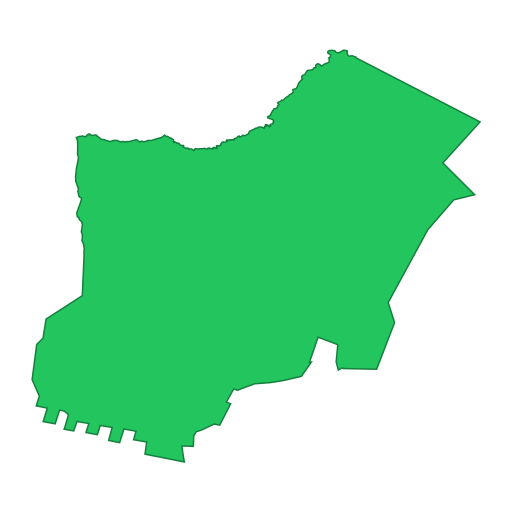 outline of Chongwe, Lusaka, Zambia, rotated 271°
{"feature_id": "96606910B32717004733154", "entity_name": "Chongwe", "entity_type": "district", "adm_level": 2, "iso_a3": "ZMB", "parent_name": "Zambia", "parent_adm1": "Lusaka", "projection": "equal_earth", "projection_center": [28.753, -15.39], "detail": "fine", "context": "isolated", "style": "filled", "palette": "green", "viewbox_px": 512, "rotation_deg": 271, "n_neighbors": 0, "source": "geoboundaries", "source_scale": "gbopen_adm2", "svg_char_len": 5980}
<svg xmlns="http://www.w3.org/2000/svg" viewBox="0 0 512 512"><g transform="rotate(271 256 256)"><path d="M64.8,185.2L64.6,196.7L75.3,196.9L79.4,199.5L80.0,201.8L81.9,206.4L87.2,217.0L86.3,222.7L107.7,233.2L109.5,228.9L122.9,236.2L121.7,238.9L121.4,240.2L121.8,240.8L123.0,243.6L128.2,256.8L129.7,272.8L132.0,285.7L136.5,303.5L150.9,313.2L150.7,311.3L175.9,319.5L168.8,339.3L151.5,338.0L143.4,340.3L145.4,343.6L145.4,344.9L145.0,345.0L144.9,378.6L191.8,395.7L211.8,389.0L285.2,427.3L315.6,452.7L321.1,473.6L352.3,441.2L394.0,477.7L455.7,352.9L456.7,352.3L457.2,350.4L457.9,348.7L457.4,345.6L458.2,344.4L460.5,343.6L462.7,343.6L463.2,341.8L463.2,339.7L461.5,336.9L460.6,335.3L461.0,332.5L462.6,331.2L462.9,329.1L462.9,327.0L462.5,325.4L461.7,324.4L461.2,324.1L459.9,324.5L459.5,325.5L459.2,326.1L458.2,327.1L456.4,326.8L455.3,325.3L455.1,325.3L454.2,325.8L452.5,325.7L451.4,326.1L449.9,323.6L449.8,322.3L447.0,318.0L448.2,316.8L448.9,315.9L449.3,314.1L447.8,312.4L446.2,312.6L445.6,312.4L444.9,310.4L444.7,310.2L443.5,309.6L443.0,308.5L442.4,304.3L441.3,303.3L438.4,301.7L437.1,299.0L435.8,298.5L435.1,298.5L433.5,299.5L432.7,298.2L429.5,295.5L427.9,295.1L426.8,294.5L425.2,294.1L423.9,292.7L423.4,290.9L422.9,289.9L420.7,290.6L418.9,288.8L417.9,286.8L417.6,286.5L416.6,285.8L414.7,282.7L412.7,281.1L411.7,279.0L411.8,278.9L411.7,278.9L410.1,275.5L409.4,275.0L407.7,276.3L406.6,275.1L404.5,274.5L403.5,272.4L403.4,271.3L400.6,269.7L399.6,269.0L396.9,267.9L395.4,265.2L394.8,265.2L394.3,265.4L394.1,265.6L393.8,266.6L393.6,267.4L393.4,267.8L393.4,268.2L393.3,268.6L393.2,269.1L393.0,269.4L392.9,269.8L392.3,270.7L392.0,271.0L390.8,271.5L390.6,271.3L390.5,270.9L389.7,270.9L389.5,270.7L388.7,270.7L388.6,270.4L388.4,270.1L388.2,269.9L388.2,269.3L388.0,268.7L387.4,267.8L386.9,267.8L386.4,268.1L385.7,268.0L385.5,267.8L385.6,267.1L386.0,266.6L386.4,266.5L386.7,266.0L386.8,265.8L387.6,264.3L387.6,263.8L387.3,263.1L387.0,263.1L386.6,263.4L386.4,264.3L386.1,264.2L385.9,263.6L385.6,263.3L385.6,263.1L385.7,262.5L385.6,262.3L385.1,262.1L384.2,262.1L383.9,261.8L383.8,261.4L384.3,260.9L384.8,259.9L385.0,258.2L385.1,257.9L385.0,256.6L384.9,256.2L384.3,255.7L384.1,255.4L384.0,254.6L383.8,254.3L383.8,253.9L383.7,253.3L383.5,253.1L382.2,250.7L382.0,250.4L381.6,249.6L381.0,248.1L380.3,247.3L380.0,247.2L379.7,246.9L377.8,246.2L377.3,245.1L377.3,244.8L376.8,244.0L376.3,243.5L376.1,242.3L376.2,241.7L376.5,240.6L376.4,240.3L376.2,240.2L375.5,239.6L375.1,239.1L374.8,238.6L374.8,238.0L374.6,237.6L374.9,237.3L375.4,237.4L375.6,237.3L375.7,236.9L374.7,235.4L374.3,235.0L373.9,234.7L373.2,233.7L373.1,233.3L373.1,233.0L372.8,232.2L372.4,231.9L371.9,232.3L371.8,232.2L371.7,230.9L371.8,230.3L371.7,229.3L371.4,229.2L371.3,228.4L371.6,228.3L371.8,227.7L371.5,226.5L371.2,226.1L371.1,225.8L371.3,225.2L371.6,224.9L371.1,224.5L370.8,225.2L370.4,225.2L370.0,225.0L369.7,224.1L369.5,223.9L369.2,222.6L369.2,222.0L369.5,221.2L369.2,220.8L368.9,219.8L368.5,219.8L367.6,219.2L367.2,218.7L366.4,218.9L366.1,218.8L366.0,218.2L365.6,218.0L365.5,217.7L365.4,216.8L365.6,215.3L365.6,214.7L365.4,214.6L364.8,214.6L364.7,214.8L364.3,214.8L364.0,214.6L363.3,215.2L363.0,215.0L363.0,214.7L362.8,214.5L362.8,214.2L363.0,213.9L363.3,213.6L363.4,213.0L363.7,212.9L363.8,212.7L363.7,211.5L363.3,211.0L362.7,211.3L362.4,211.2L362.1,210.9L362.4,210.5L362.6,209.8L362.5,209.2L362.6,208.9L362.8,208.3L362.8,207.5L362.8,207.3L363.1,207.2L363.0,206.1L362.6,205.8L362.3,205.7L362.1,204.6L362.3,204.1L362.5,203.7L362.7,202.6L362.4,200.5L362.1,196.3L361.8,196.0L361.9,195.0L362.1,194.9L362.1,194.6L362.3,193.8L361.6,192.6L360.6,192.4L360.5,192.0L360.5,191.5L360.8,191.2L361.8,189.8L361.9,188.8L361.7,188.4L361.6,187.7L361.8,187.5L361.8,186.9L362.0,186.7L362.4,186.8L362.5,186.7L362.5,186.4L362.7,186.0L362.5,185.1L362.6,184.6L362.6,183.9L362.7,183.3L363.1,182.7L363.5,181.6L363.7,181.3L363.9,181.3L365.0,181.8L365.2,181.6L365.2,180.0L365.4,179.2L365.4,178.8L365.6,178.3L367.1,177.2L367.2,176.6L367.5,176.3L367.5,176.2L367.2,175.8L367.3,175.3L367.7,174.9L368.1,173.9L368.7,172.8L368.3,172.6L368.1,172.2L368.2,171.7L368.6,171.4L369.2,171.5L370.8,171.4L371.2,170.3L371.9,169.8L372.3,169.2L372.2,168.5L372.5,168.3L372.5,167.5L373.2,167.0L374.1,165.2L373.9,164.1L375.3,162.6L372.8,159.5L371.1,153.5L369.6,149.1L369.7,146.1L369.2,144.9L368.8,144.4L368.7,143.4L368.4,142.7L368.2,142.0L368.2,141.4L368.6,140.7L368.7,140.1L368.9,139.9L368.8,139.3L368.4,138.7L368.1,137.7L368.4,136.9L369.9,135.2L370.1,133.6L369.7,132.8L369.4,131.5L369.1,130.2L368.5,128.5L368.0,125.5L368.2,124.5L367.8,123.3L367.8,122.3L368.1,121.6L368.2,120.6L368.0,119.7L367.6,119.0L367.9,118.0L369.1,115.1L369.2,113.0L368.9,111.0L368.6,110.1L368.0,109.0L367.9,108.1L369.0,104.0L369.3,103.0L369.7,102.3L369.8,101.2L369.8,100.2L370.0,99.4L370.4,98.7L370.9,98.1L371.3,97.4L372.1,96.6L372.7,95.9L373.1,94.8L373.5,94.8L374.1,94.4L374.2,93.8L374.1,92.3L373.8,91.6L373.7,90.3L373.8,89.5L374.3,88.7L374.4,88.1L374.8,87.8L375.1,87.4L375.1,86.8L374.8,86.5L374.4,86.3L374.4,85.4L373.2,84.3L372.7,84.3L372.5,84.0L372.2,83.2L372.3,82.7L372.6,82.1L372.6,81.4L373.0,80.5L372.5,78.2L372.6,77.6L372.1,76.6L371.7,75.4L371.4,74.3L368.2,75.5L363.5,75.8L354.5,75.8L351.1,76.8L345.3,75.8L340.3,74.9L332.1,74.2L327.5,74.5L319.9,77.3L319.2,77.3L317.4,76.7L315.8,77.2L312.5,77.9L311.7,78.9L311.0,80.4L310.5,80.6L306.8,79.7L295.8,76.0L292.1,76.7L290.9,78.6L289.4,78.6L287.1,81.2L285.3,81.5L285.0,81.9L279.4,81.3L277.0,80.9L275.5,81.7L272.9,82.1L271.5,81.9L270.3,81.9L268.3,81.7L265.1,83.3L260.4,84.1L256.2,83.9L253.7,84.1L213.3,83.0L189.3,47.2L170.1,44.5L163.8,38.3L128.5,34.3L111.9,41.9L109.5,41.0L102.3,38.9L100.3,50.0L86.7,46.1L84.7,58.1L98.4,62.3L97.9,65.7L97.6,66.6L97.0,67.8L95.4,69.8L93.8,71.2L82.3,68.1L79.5,67.1L77.9,76.8L87.4,79.9L85.6,91.8L77.0,89.2L76.5,89.1L74.6,100.5L83.8,103.2L82.1,115.2L70.0,112.1L69.0,111.9L67.0,122.9L80.7,127.0L78.7,139.1L70.2,136.8L68.1,149.9L55.9,148.5L48.8,187.9L58.2,186.2L64.8,185.2Z" fill="#22c55e" stroke="#15803d" stroke-width="1.5"/></g></svg>